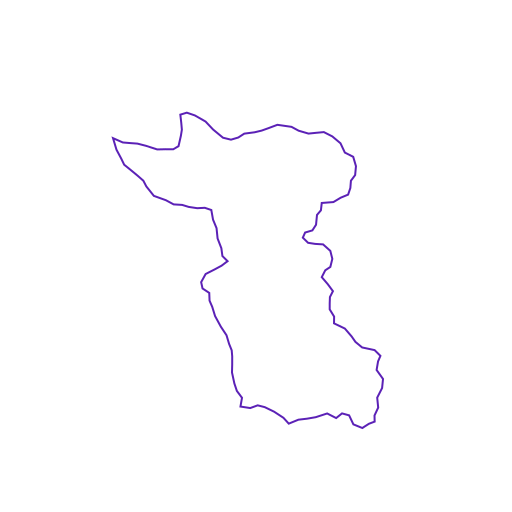 Ribeirão Pires, São Paulo, Brazil (Natural Earth projection), rotated 297°
{"feature_id": "56859067B19734921471154", "entity_name": "Ribeirão Pires", "entity_type": "district", "adm_level": 2, "iso_a3": "BRA", "parent_name": "Brazil", "parent_adm1": "São Paulo", "projection": "natural_earth1", "projection_center": [-46.402, -23.694], "detail": "fine", "context": "isolated", "style": "outline", "palette": "violet", "viewbox_px": 512, "rotation_deg": 297, "n_neighbors": 0, "source": "geoboundaries", "source_scale": "gbopen_adm2", "svg_char_len": 1779}
<svg xmlns="http://www.w3.org/2000/svg" viewBox="0 0 512 512"><g transform="rotate(297 256 256)"><path d="M114.8,310.5L117.9,319.9L123.7,325.3L125.3,332.4L125.5,342.8L124.3,353.9L121.5,361.3L129.4,368.1L134.2,375.3L139.5,382.4L148.0,390.9L148.0,401.0L154.8,404.1L156.3,411.3L150.2,419.2L151.0,428.8L157.8,432.8L162.3,436.9L167.7,434.0L176.4,433.7L184.8,428.3L195.6,428.3L204.1,425.0L209.2,415.2L217.5,412.6L223.5,412.2L226.0,404.4L222.7,392.1L224.6,383.6L227.8,377.6L231.7,368.1L231.4,356.1L237.5,353.1L241.9,345.9L247.4,343.1L253.0,340.5L259.6,340.5L263.5,332.7L267.0,324.2L274.7,324.2L280.0,327.2L288.1,325.3L294.3,319.9L296.8,310.5L293.6,303.1L291.4,296.4L293.6,289.4L299.2,289.1L304.4,294.6L311.1,295.3L320.3,291.7L326.2,293.1L333.1,290.5L339.2,300.5L346.4,305.0L352.5,310.2L359.4,309.2L366.2,306.4L373.1,307.6L381.4,304.3L388.5,297.6L388.5,288.2L394.8,280.1L397.2,269.7L397.2,260.2L392.9,253.4L388.9,247.2L387.0,237.1L387.2,229.0L382.6,215.5L375.5,209.0L370.3,204.1L365.6,198.6L359.7,190.0L353.5,186.4L348.3,180.9L346.4,172.9L349.2,160.4L352.9,150.0L353.5,137.7L352.3,129.3L347.6,124.4L340.8,128.9L334.9,132.6L329.0,134.5L318.7,137.1L313.5,133.8L310.1,127.0L306.1,119.6L304.2,107.8L302.3,99.3L299.6,92.9L296.7,85.8L296.1,75.1L287.4,83.4L281.6,91.7L277.5,97.1L276.1,103.7L273.8,114.1L271.9,121.5L268.2,126.7L263.2,137.7L264.8,150.4L264.6,159.2L268.0,167.0L269.2,173.8L271.9,181.9L275.7,188.5L276.7,195.3L268.9,201.2L262.9,208.2L254.2,213.8L247.2,221.6L240.7,226.1L238.5,233.0L231.7,229.7L225.2,225.2L217.1,219.3L207.8,219.0L202.8,223.1L201.9,231.1L195.1,234.9L190.8,240.1L183.9,246.8L177.1,256.7L172.0,265.7L165.5,271.9L160.9,277.2L155.7,280.4L148.2,284.2L141.3,287.5L132.6,294.6L127.1,300.2L123.3,307.9L114.8,310.5Z" fill="none" stroke="#5b21b6" stroke-width="2"/></g></svg>